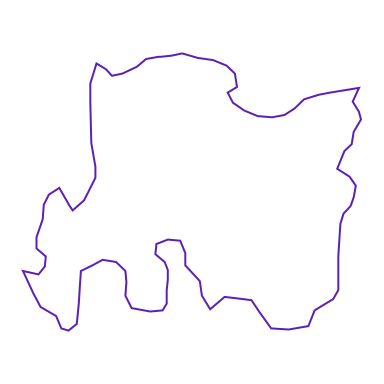 outline of Naju-si, South Jeolla, South Korea
{"feature_id": "91817680B40505476377979", "entity_name": "Naju-si", "entity_type": "district", "adm_level": 2, "iso_a3": "KOR", "parent_name": "South Korea", "parent_adm1": "South Jeolla", "projection": "equal_earth", "projection_center": [126.711, 34.984], "detail": "fine", "context": "isolated", "style": "outline", "palette": "violet", "viewbox_px": 384, "rotation_deg": 0, "n_neighbors": 0, "source": "geoboundaries", "source_scale": "gbopen_adm2", "svg_char_len": 1357}
<svg xmlns="http://www.w3.org/2000/svg" viewBox="0 0 384 384"><path d="M359.0,87.9L330.0,92.6L318.6,94.8L304.1,99.3L294.8,108.3L284.5,115.0L272.1,117.3L257.7,116.1L251.4,113.5L244.2,110.5L232.9,102.7L227.7,92.6L237.0,87.0L234.9,73.6L226.7,65.7L213.2,60.1L197.7,57.9L182.2,53.4L171.9,55.6L160.6,56.8L158.5,56.8L156.3,57.2L146.1,59.0L136.8,66.8L122.3,73.6L112.0,75.8L105.8,69.1L96.5,63.5L90.3,83.6L90.3,101.6L91.3,143.0L95.4,166.6L95.4,177.8L84.1,200.3L72.7,210.4L69.6,205.9L59.3,187.9L48.9,194.6L43.8,204.7L43.4,210.2L42.7,219.3L36.5,237.3L36.5,248.5L45.8,256.4L44.8,266.5L38.5,274.4L23.0,271.0L33.4,293.5L40.6,307.0L56.1,316.0L61.3,328.4L68.5,330.6L76.8,323.9L78.8,303.6L79.9,285.6L80.9,271.0L92.3,265.4L102.6,259.8L116.1,262.0L125.4,271.0L126.4,282.3L125.4,295.7L131.6,308.1L150.2,311.5L162.6,310.4L166.7,303.6L166.7,290.1L167.8,280.0L167.8,269.9L164.7,262.0L155.4,254.2L156.4,244.0L167.8,239.6L180.2,240.7L185.3,253.0L185.3,265.4L199.8,281.1L201.9,295.7L210.2,309.2L224.6,296.9L243.2,299.1L251.5,300.2L259.8,312.6L271.2,328.4L288.7,329.5L308.4,326.1L314.6,310.4L323.9,304.7L333.2,299.1L338.3,290.1L338.3,276.6L338.3,256.4L340.4,223.8L343.5,213.7L350.7,205.9L353.8,196.9L355.8,185.7L349.6,176.7L337.2,168.8L344.5,150.9L351.7,144.2L353.7,131.8L361.0,119.5L358.9,111.7L352.7,101.6L358.9,88.1L359.0,87.9Z" fill="none" stroke="#5b21b6" stroke-width="2"/></svg>